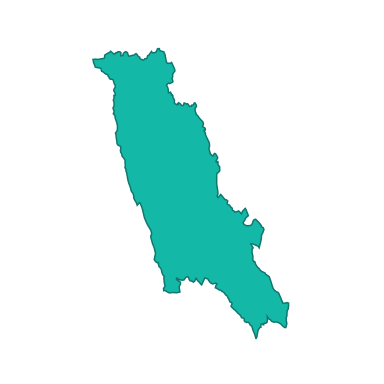 Manjakandriana, Analamanga, Madagascar, rotated 162°
{"feature_id": "10022922B50774823120221", "entity_name": "Manjakandriana", "entity_type": "district", "adm_level": 2, "iso_a3": "MDG", "parent_name": "Madagascar", "parent_adm1": "Analamanga", "projection": "equal_earth", "projection_center": [47.79, -18.821], "detail": "fine", "context": "isolated", "style": "filled", "palette": "teal", "viewbox_px": 384, "rotation_deg": 162, "n_neighbors": 0, "source": "geoboundaries", "source_scale": "gbopen_adm2", "svg_char_len": 6071}
<svg xmlns="http://www.w3.org/2000/svg" viewBox="0 0 384 384"><g transform="rotate(162 192 192)"><path d="M171.4,321.5L172.3,321.1L175.3,321.9L175.8,322.5L176.1,323.4L176.0,325.7L175.6,327.5L175.6,328.8L175.2,330.4L175.5,334.1L178.6,336.1L179.0,337.3L178.7,338.3L179.2,338.8L180.7,338.8L182.5,336.5L184.4,336.0L186.4,336.6L186.8,337.0L187.1,338.2L190.8,335.5L192.1,335.3L193.7,333.0L194.5,332.9L195.5,333.4L197.0,332.5L197.6,332.4L198.7,333.6L199.5,333.9L200.2,334.7L200.1,336.4L201.2,337.5L201.8,339.9L202.5,340.9L205.1,340.2L208.0,340.5L209.7,340.4L210.1,340.8L210.3,341.6L210.4,344.6L210.9,345.3L211.8,346.0L213.1,345.7L214.5,344.9L214.9,344.4L215.2,343.4L215.6,343.1L216.3,343.4L217.2,343.2L217.5,343.4L217.5,344.2L216.5,346.3L217.3,347.7L219.2,348.3L220.5,347.7L221.6,348.0L223.0,347.1L223.5,347.1L225.9,351.0L226.8,350.5L232.4,349.3L233.0,348.6L233.7,346.7L234.6,346.3L241.1,347.3L242.4,348.1L245.2,348.7L245.6,345.7L245.3,340.5L241.1,338.2L240.6,337.7L240.4,337.2L240.7,335.8L240.6,334.7L239.4,333.7L237.9,331.1L236.1,329.7L235.9,329.4L236.0,328.0L235.4,327.2L235.5,325.8L235.1,324.9L234.6,324.4L233.2,324.0L232.4,323.2L232.5,318.9L232.1,316.6L232.7,315.4L234.5,313.8L235.0,313.0L235.0,312.0L234.6,309.8L235.0,308.3L235.3,307.8L236.4,308.0L236.6,307.7L237.0,305.3L238.3,304.0L238.5,303.5L238.4,301.5L239.5,298.0L241.2,296.3L241.2,292.6L241.4,291.9L242.5,291.1L242.7,290.6L241.7,288.8L242.2,285.6L242.1,281.0L242.6,277.4L244.0,273.7L246.6,271.6L246.6,269.8L247.3,266.9L247.9,262.9L248.3,261.7L248.2,260.0L247.7,259.2L246.4,258.2L246.0,257.4L246.2,255.6L247.2,253.9L247.5,251.8L247.1,249.9L247.4,247.5L246.3,245.0L245.9,242.5L246.6,240.7L247.3,237.5L248.3,235.9L247.8,234.2L248.3,232.4L248.2,230.7L249.2,223.5L249.4,220.1L249.2,215.2L249.5,212.2L249.1,210.4L248.6,208.9L248.5,207.5L249.2,204.1L249.1,202.8L248.2,198.7L248.2,196.3L245.2,198.1L244.7,196.8L244.4,193.1L244.5,190.2L245.2,182.2L244.8,177.3L244.4,174.4L243.0,168.4L243.0,167.1L243.2,165.0L243.7,164.1L244.9,162.8L245.2,161.1L245.5,155.1L245.2,151.1L245.6,145.2L245.8,144.6L248.8,139.5L248.7,138.6L247.6,136.1L247.1,135.7L246.0,135.5L245.7,135.1L245.8,134.6L246.4,134.1L246.2,133.4L246.5,131.6L245.2,128.8L245.2,127.4L245.5,125.0L245.4,122.7L245.0,121.4L244.4,120.4L245.3,119.0L246.2,115.2L246.6,112.7L246.6,110.8L248.8,109.2L249.1,108.8L249.0,107.9L249.4,106.9L248.2,106.7L245.2,103.4L244.1,102.8L242.0,102.6L237.7,100.9L234.4,100.6L233.7,105.2L233.2,106.2L231.3,108.2L231.0,109.3L230.9,109.8L231.4,110.6L232.2,111.3L233.6,113.4L233.6,114.7L233.1,114.9L232.7,114.8L231.4,112.8L229.9,111.8L228.1,111.0L226.6,110.9L224.3,112.7L222.2,112.8L221.8,112.3L221.7,109.5L221.3,108.2L219.6,107.2L218.5,105.8L216.9,106.5L214.8,108.6L213.9,105.6L213.1,104.3L212.0,101.4L211.5,100.7L206.4,106.3L205.9,106.1L205.1,105.3L203.8,104.5L203.5,102.6L202.6,100.1L201.8,99.1L200.8,98.2L198.0,98.0L196.6,97.0L198.4,95.3L199.4,93.7L197.5,91.9L196.5,90.5L194.8,89.5L194.3,88.3L192.9,86.9L192.3,85.7L191.9,83.9L190.7,82.4L190.5,80.3L190.1,78.5L189.9,76.0L189.6,75.4L188.6,74.8L188.4,73.8L188.9,72.7L190.1,71.5L190.1,70.7L189.9,70.6L188.3,67.2L187.6,66.5L185.7,62.4L184.0,59.6L183.7,57.2L181.7,55.8L181.6,54.8L182.1,53.4L181.6,52.1L180.3,51.0L179.2,50.9L178.5,50.5L178.2,49.9L177.7,47.4L176.6,45.8L176.7,41.7L176.3,36.9L176.5,33.1L176.1,33.0L175.0,34.3L171.8,40.3L171.6,40.3L169.6,42.0L169.0,42.2L168.3,42.0L167.3,44.9L166.9,45.0L165.9,44.7L165.5,43.8L164.8,43.5L164.2,44.8L163.3,44.8L162.3,44.4L161.0,44.8L159.9,46.7L158.9,50.4L158.0,47.3L156.9,46.3L156.5,44.9L156.1,44.3L154.1,42.7L152.7,42.8L149.6,40.6L148.2,38.8L146.7,35.7L145.5,34.3L144.9,34.1L144.5,34.3L142.7,37.1L142.3,38.4L142.1,40.8L141.1,43.4L140.0,44.9L138.5,49.0L137.6,50.2L136.3,51.4L136.0,52.8L135.2,53.8L135.2,54.6L134.5,56.5L135.4,57.2L136.6,57.6L137.7,57.3L139.9,58.3L140.8,68.9L141.2,69.9L142.7,71.2L144.0,73.2L144.7,75.5L144.6,84.4L144.8,87.8L147.3,90.9L147.6,92.5L150.0,94.7L151.3,96.5L151.8,98.4L152.9,100.2L153.8,103.3L153.8,106.3L154.3,106.8L155.0,106.7L155.0,109.0L153.9,112.2L153.7,115.4L152.8,118.3L152.1,119.5L151.2,119.8L151.1,120.1L152.1,124.4L150.4,124.0L145.8,120.0L145.4,118.2L141.4,124.5L139.9,127.6L139.1,129.8L138.1,130.5L136.2,132.6L135.5,133.9L135.2,134.0L135.2,134.6L135.4,136.3L136.7,137.3L136.5,138.8L137.7,142.1L139.9,146.4L141.3,146.5L142.4,146.0L144.8,142.9L146.1,142.1L148.3,142.4L150.3,142.9L152.4,144.8L153.0,146.9L150.9,148.6L148.8,150.8L145.7,152.1L146.1,158.8L146.5,160.0L150.0,158.0L151.7,156.0L153.5,159.6L157.0,159.4L157.7,160.3L158.1,161.2L159.0,161.9L159.2,162.3L158.9,163.3L158.9,164.5L159.8,165.8L160.2,167.5L160.6,168.1L161.8,169.1L162.1,169.9L162.0,170.6L160.9,172.1L160.8,172.5L161.7,173.9L163.0,174.7L165.4,180.8L168.9,178.6L169.4,180.2L167.9,182.1L167.1,185.3L166.1,191.8L163.4,200.2L162.7,201.7L159.3,203.3L158.9,204.2L157.9,207.6L158.9,209.8L158.7,210.9L158.2,211.6L158.1,212.9L159.3,212.6L159.9,213.2L159.3,214.3L157.3,216.2L156.9,217.1L157.6,220.4L158.0,221.3L158.5,221.7L158.9,221.7L160.5,219.8L161.0,219.7L161.5,220.0L161.9,221.5L162.5,221.9L162.8,222.7L162.6,224.5L162.7,226.8L162.2,228.9L161.6,229.4L161.1,230.3L160.6,232.1L160.4,233.9L161.5,242.0L161.0,244.4L161.6,246.0L161.7,246.8L161.2,247.0L160.8,246.7L160.3,246.8L159.8,248.0L159.9,248.7L160.4,249.4L161.8,250.9L160.1,253.2L159.9,254.5L160.4,256.2L161.6,258.7L162.4,260.7L162.7,262.0L164.1,265.1L163.8,265.7L164.0,267.2L163.8,268.8L163.2,270.6L162.0,271.3L161.2,272.3L161.1,273.1L161.3,274.8L161.6,275.1L161.6,275.8L162.3,276.0L163.6,274.6L164.2,274.4L165.3,274.7L166.0,273.7L166.3,273.7L166.9,274.1L168.0,274.3L168.6,276.7L169.0,277.3L170.3,277.5L171.5,278.9L172.0,279.1L173.2,277.4L174.1,277.0L175.2,277.6L176.0,279.8L177.2,281.1L178.4,280.4L178.5,280.0L178.3,279.5L179.6,279.7L179.9,280.3L180.9,281.2L181.2,282.0L180.3,284.9L180.8,287.9L180.5,289.8L180.7,290.5L181.4,290.5L181.3,291.9L181.6,293.6L183.7,293.6L182.9,297.2L182.8,299.0L183.3,301.5L180.8,302.9L179.7,302.0L176.6,302.4L176.0,302.8L175.9,306.3L175.2,306.8L173.9,309.9L173.1,310.9L171.0,312.2L170.7,313.1L170.6,314.7L171.4,321.5Z" fill="#14b8a6" stroke="#0f766e" stroke-width="1.5"/></g></svg>